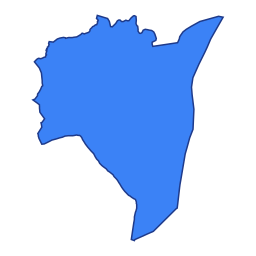 Kwande, Benue, Nigeria (Mercator projection)
{"feature_id": "59680162B2505789698133", "entity_name": "Kwande", "entity_type": "district", "adm_level": 2, "iso_a3": "NGA", "parent_name": "Nigeria", "parent_adm1": "Benue", "projection": "mercator", "projection_center": [9.368, 6.742], "detail": "fine", "context": "isolated", "style": "filled", "palette": "blue", "viewbox_px": 256, "rotation_deg": 0, "n_neighbors": 0, "source": "geoboundaries", "source_scale": "gbopen_adm2", "svg_char_len": 2970}
<svg xmlns="http://www.w3.org/2000/svg" viewBox="0 0 256 256"><path d="M223.1,17.2L218.6,16.3L199.9,21.5L191.4,26.2L186.3,29.3L183.0,31.9L180.7,35.2L179.7,36.8L179.3,38.9L177.6,42.7L152.8,46.4L152.1,44.0L152.2,42.2L155.8,40.4L156.3,38.5L154.9,34.2L153.7,31.9L151.7,30.5L149.2,30.1L147.6,29.7L145.2,29.3L143.2,30.2L142.0,32.6L140.6,33.4L139.5,33.3L138.0,31.1L138.1,29.5L137.7,26.2L136.8,25.6L136.0,23.5L136.3,20.3L136.0,16.5L134.5,15.7L133.4,15.9L131.2,17.8L128.9,20.7L127.5,20.8L125.9,20.2L123.1,21.6L121.5,21.5L120.0,20.0L118.8,20.0L117.4,20.8L115.7,23.5L112.3,26.8L110.6,26.6L109.3,21.3L107.6,18.5L97.3,15.4L97.0,16.6L96.5,18.5L96.9,18.9L97.7,19.4L98.2,20.5L98.1,20.9L97.7,21.0L97.4,21.6L97.4,22.2L97.6,22.9L96.9,24.1L96.7,24.7L96.1,24.7L95.5,24.9L94.8,25.3L93.8,26.2L92.7,26.6L91.6,27.9L90.5,28.9L90.0,29.6L90.0,30.8L88.7,32.4L88.2,32.5L86.8,33.0L86.1,33.2L84.3,33.9L83.5,33.6L82.3,33.2L82.1,33.2L82.0,33.3L80.8,34.5L79.0,35.6L77.1,36.7L76.7,36.9L73.5,37.3L72.8,37.5L71.0,37.6L68.9,37.5L68.0,37.7L65.6,38.3L65.4,37.8L63.6,37.4L60.8,37.9L59.8,38.1L57.3,39.0L53.3,42.1L49.2,41.6L48.6,43.4L49.2,44.4L48.8,44.8L48.8,45.4L48.5,45.9L48.6,46.4L48.2,46.7L47.5,47.0L47.4,47.1L47.4,47.7L47.3,48.3L46.7,48.7L46.6,49.0L47.0,49.3L46.8,50.2L46.1,50.3L46.2,50.8L46.7,51.3L46.3,52.5L45.8,54.1L46.5,54.9L45.6,56.0L45.5,57.0L44.0,57.3L42.3,58.2L40.7,58.7L38.8,58.3L38.1,58.5L36.8,59.3L35.6,60.5L34.4,61.8L39.3,67.9L41.4,72.9L41.5,73.8L42.2,80.6L42.2,83.0L42.7,85.3L42.6,85.9L41.8,86.4L40.6,89.3L39.0,92.2L37.6,94.0L37.5,95.7L34.9,99.1L32.9,99.9L39.4,104.7L39.5,106.8L39.5,108.2L39.9,112.2L41.2,114.1L44.6,118.8L41.9,122.5L41.0,122.8L41.5,124.8L41.8,127.2L37.8,133.6L38.3,134.9L38.3,136.1L39.0,138.5L41.8,144.2L44.4,143.9L44.6,143.8L44.7,143.7L46.6,142.8L47.6,142.3L49.6,141.3L51.9,140.1L56.0,139.0L58.9,138.1L59.4,137.9L62.4,137.2L65.0,136.1L68.4,135.7L69.9,135.7L72.9,135.7L74.7,135.4L75.1,135.3L76.6,135.0L78.1,135.4L79.6,135.4L80.7,136.2L81.8,137.7L82.6,139.6L84.1,141.9L84.4,142.4L85.5,144.2L87.8,147.2L89.8,149.5L90.7,150.6L93.7,153.7L95.2,156.7L96.6,159.0L98.5,160.9L99.3,162.5L99.6,163.2L101.8,165.5L103.3,166.7L104.8,167.8L106.3,168.9L107.8,170.9L109.6,172.0L111.1,173.2L113.0,174.7L114.1,176.6L115.6,178.1L116.7,179.3L117.4,180.2L117.8,180.8L118.9,182.7L119.7,183.8L120.4,185.0L121.5,186.9L123.0,189.1L124.8,191.4L126.0,192.6L127.6,194.3L128.6,195.3L130.0,196.0L130.3,196.2L131.5,197.2L132.6,197.9L133.8,198.7L134.9,199.1L135.6,199.8L136.0,201.0L136.4,202.1L136.3,203.3L136.7,204.4L136.7,206.7L136.7,208.2L136.3,209.7L135.9,211.2L135.5,212.0L134.4,216.9L134.4,219.2L134.0,221.8L133.9,222.0L131.3,239.5L134.4,240.6L134.8,239.6L147.5,233.9L153.4,231.3L176.1,208.8L177.2,208.1L177.7,204.0L179.6,187.5L180.0,184.4L180.9,179.3L185.2,153.9L186.9,148.0L188.2,143.3L189.7,137.8L193.0,129.3L193.9,109.3L193.5,106.0L192.1,94.7L191.5,87.1L192.9,77.7L198.9,64.2L204.9,52.1L207.1,47.4L210.6,39.2L210.9,38.6L217.5,27.0L223.1,17.2Z" fill="#3b82f6" stroke="#1e3a8a" stroke-width="1.5"/></svg>